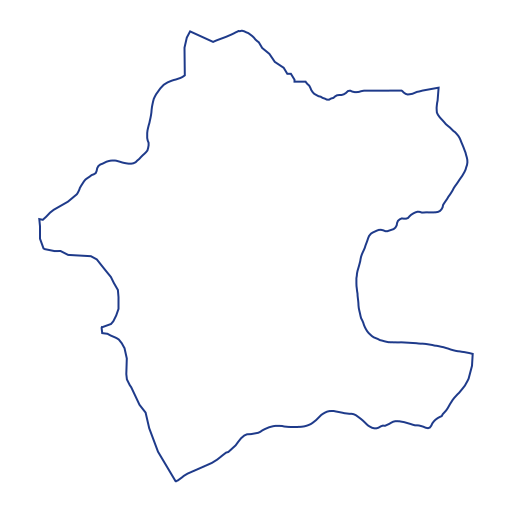 An Nadirah, Ibb, Yemen
{"feature_id": "15242507B41326170621958", "entity_name": "An Nadirah", "entity_type": "district", "adm_level": 2, "iso_a3": "YEM", "parent_name": "Yemen", "parent_adm1": "Ibb", "projection": "robinson", "projection_center": [44.521, 14.061], "detail": "fine", "context": "isolated", "style": "outline", "palette": "blue", "viewbox_px": 512, "rotation_deg": 0, "n_neighbors": 0, "source": "geoboundaries", "source_scale": "gbopen_adm2", "svg_char_len": 5982}
<svg xmlns="http://www.w3.org/2000/svg" viewBox="0 0 512 512"><path d="M239.8,31.2L238.4,31.0L237.9,31.4L235.8,32.3L233.8,33.4L231.5,34.5L228.7,35.7L226.4,36.7L223.5,37.8L221.3,38.6L218.9,39.5L216.5,40.4L214.2,41.4L213.1,41.9L190.1,31.4L186.8,37.6L184.5,47.7L184.8,75.3L184.6,75.5L182.4,77.0L180.3,78.0L177.9,78.8L175.9,79.5L173.8,80.0L171.7,80.7L169.7,81.5L167.6,82.4L165.6,83.6L163.7,84.8L162.0,86.6L160.4,88.3L159.0,90.2L157.6,92.2L156.2,94.1L155.0,96.3L153.8,98.8L153.1,101.4L152.5,104.2L152.0,106.7L151.6,109.8L151.4,112.4L151.0,115.2L150.5,117.8L149.9,120.5L149.4,122.9L148.7,125.3L148.1,127.7L147.5,130.4L147.2,133.0L147.2,135.5L147.2,138.0L147.7,140.5L148.6,142.8L148.6,145.4L148.1,148.1L147.4,150.5L146.0,152.2L144.6,153.6L142.7,155.3L140.9,157.1L139.2,159.0L137.1,160.7L136.0,161.9L135.3,162.4L133.3,163.3L131.1,163.7L128.9,163.7L126.8,163.4L124.5,163.0L122.3,162.5L120.1,161.8L118.0,161.2L115.8,160.6L113.4,160.5L111.0,160.6L108.9,161.0L106.5,161.7L104.5,162.7L102.5,163.7L100.3,164.5L98.4,166.0L97.2,168.2L96.6,171.0L95.7,173.1L93.8,174.3L91.6,175.1L89.7,176.6L87.3,178.2L85.5,179.5L84.0,181.3L81.1,185.8L79.8,188.1L79.5,189.2L78.7,191.0L77.6,193.1L76.8,194.3L67.9,201.7L53.7,209.8L50.1,212.6L46.2,216.7L42.8,219.8L39.3,219.1L40.0,226.3L40.0,238.7L43.5,248.4L44.7,249.1L54.6,251.1L60.5,251.0L68.1,254.9L90.9,256.2L96.8,259.4L100.9,264.6L105.6,270.5L110.9,277.0L113.8,282.9L117.9,290.0L118.5,297.2L118.5,308.9L116.2,315.5L113.3,321.3L111.0,324.0L102.2,327.2L101.9,327.1L101.6,327.9L102.2,333.1L107.5,333.8L110.6,335.5L115.3,337.5L116.7,338.2L118.8,339.5L121.8,343.3L124.0,347.3L124.5,348.1L126.8,358.5L126.3,374.1L126.9,379.4L129.8,385.2L131.2,387.2L139.5,404.8L145.6,412.6L149.2,428.2L158.0,451.7L175.5,481.1L175.9,481.3L176.0,481.2L177.9,480.4L179.8,479.0L182.0,477.4L183.8,475.9L185.6,474.8L187.6,473.6L211.9,462.9L217.2,459.6L222.7,455.2L226.1,452.6L228.3,452.0L235.6,445.4L238.3,441.7L241.1,438.2L244.3,435.5L247.0,434.3L251.1,434.1L258.2,432.8L260.3,431.8L262.3,430.4L264.8,429.1L269.0,427.3L271.2,426.7L273.2,426.2L275.3,425.9L277.6,425.9L280.1,425.9L282.1,426.0L284.2,426.5L286.2,426.7L288.4,426.9L290.7,427.0L293.1,427.0L297.6,427.0L298.2,426.9L299.7,426.9L301.9,426.7L304.1,426.4L306.4,425.8L308.4,425.1L310.7,424.1L312.4,423.0L314.2,421.6L316.1,420.1L317.9,418.3L321.3,414.9L323.1,413.7L325.2,412.5L327.2,411.6L329.4,411.1L331.5,411.0L333.7,411.0L336.0,411.5L338.2,411.9L342.3,412.7L344.4,413.2L347.0,413.5L349.3,413.8L351.6,413.8L353.6,414.2L355.7,415.1L357.4,416.3L359.3,417.7L361.0,419.0L362.8,420.5L364.9,422.5L366.7,424.3L368.3,425.7L370.2,426.8L372.1,427.8L374.3,428.3L376.5,428.3L377.9,427.9L378.5,427.7L380.9,426.3L382.9,425.6L385.0,425.8L387.0,424.9L389.2,423.9L391.2,422.7L393.2,421.7L395.3,421.2L397.3,421.2L399.5,421.3L401.6,421.7L404.0,422.1L408.5,423.4L410.6,424.0L412.7,424.7L414.9,425.3L416.9,425.3L419.0,425.5L421.3,426.1L423.3,426.7L425.6,427.7L428.0,428.2L429.9,427.5L431.3,425.6L432.3,423.4L433.9,421.3L435.5,419.7L437.7,418.1L439.7,417.0L441.7,416.1L442.8,414.1L444.4,412.4L446.1,410.5L447.5,408.5L448.6,406.6L450.0,404.1L452.6,400.0L454.3,397.8L457.5,394.3L459.1,392.8L460.5,391.1L463.5,387.4L464.9,385.6L466.0,383.6L467.4,381.1L468.6,378.7L472.0,365.8L472.7,353.9L469.1,353.0L468.5,352.9L466.4,352.5L464.4,352.1L461.9,351.8L459.8,351.4L457.6,351.2L455.5,350.8L453.1,350.2L450.6,349.5L448.2,348.6L445.7,347.9L443.5,347.2L441.4,346.8L438.8,346.2L436.8,345.8L434.6,345.6L432.3,345.0L427.4,344.2L425.3,343.9L423.0,343.7L421.0,343.7L418.5,343.5L416.3,343.2L401.2,342.3L399.1,342.4L397.1,342.4L395.0,342.3L393.0,342.3L388.6,342.2L386.6,341.8L384.5,341.3L382.1,340.6L379.9,340.1L377.9,339.0L375.9,338.2L373.7,337.3L371.8,336.0L368.6,333.0L367.1,331.1L365.9,329.1L364.9,327.2L364.0,325.1L363.2,322.6L362.3,320.5L361.1,318.2L360.5,315.9L360.0,313.5L359.4,311.0L358.8,308.2L358.5,305.5L358.4,303.2L358.2,301.0L357.9,298.5L357.6,295.9L357.5,293.6L357.1,291.2L356.8,288.5L356.5,286.1L356.4,283.2L356.4,280.5L356.4,278.2L356.8,275.8L357.0,273.5L357.5,271.0L358.9,266.2L359.6,263.6L360.2,261.3L360.6,258.9L361.1,256.6L361.9,254.3L362.8,252.2L363.9,249.9L364.8,247.8L365.5,245.5L366.6,242.6L367.4,240.4L368.2,238.0L369.1,235.9L371.0,233.6L372.8,232.5L376.9,230.6L378.8,229.9L380.9,229.8L383.2,230.3L385.4,231.2L387.4,231.2L389.4,230.5L391.5,229.8L393.6,229.1L395.4,227.6L396.7,225.3L397.1,222.9L398.0,220.8L399.8,219.3L401.8,218.4L404.0,218.7L406.0,218.7L408.0,218.0L409.5,216.3L411.1,214.8L413.5,213.3L415.6,212.3L417.7,211.7L419.8,211.9L421.9,212.6L424.1,212.5L426.4,212.3L428.8,212.4L430.9,212.4L433.3,212.4L435.5,212.3L436.9,212.1L438.0,211.9L439.9,211.0L441.5,209.3L442.6,207.3L443.1,204.9L444.3,203.0L445.8,200.8L447.2,198.8L448.4,196.7L449.8,194.8L451.0,193.0L452.6,190.4L453.7,188.2L455.0,186.2L456.7,183.9L458.0,182.0L459.3,180.0L460.9,177.7L462.2,175.9L464.5,171.9L465.6,169.5L466.2,167.3L467.0,165.0L467.4,162.4L467.3,159.8L466.8,157.4L466.1,155.0L465.5,152.6L464.6,150.3L463.6,147.6L462.5,144.9L461.3,142.1L460.5,140.0L459.6,138.0L458.4,136.0L457.0,134.3L455.2,132.3L453.3,130.9L451.4,129.0L449.9,127.5L447.9,125.9L445.8,124.1L444.4,122.4L442.7,120.5L441.0,118.7L439.6,117.1L437.9,114.7L436.9,112.6L436.7,110.3L436.6,107.8L436.8,105.6L437.1,103.0L437.6,100.5L438.6,87.7L437.4,87.9L422.4,90.6L421.4,90.9L419.1,91.5L416.9,91.9L414.8,92.8L412.4,93.8L410.0,94.2L407.7,94.5L405.7,93.9L403.8,92.6L402.2,91.0L401.5,90.6L363.9,90.7L363.2,90.8L361.1,91.2L358.9,91.9L356.8,92.1L354.6,92.1L352.3,91.6L350.3,90.7L349.8,90.7L347.9,91.1L345.9,93.0L343.8,94.3L341.5,95.0L339.3,95.0L337.0,95.3L335.1,96.4L333.4,97.9L331.1,98.5L329.0,99.7L326.8,99.6L324.8,98.6L322.6,97.9L320.7,96.7L318.5,96.2L316.5,95.1L314.2,93.8L312.7,92.2L311.3,90.1L310.3,87.7L309.2,85.6L307.4,84.0L305.9,82.2L305.6,81.7L294.5,81.7L294.5,79.7L290.9,73.8L287.3,73.8L283.7,67.8L274.8,61.9L269.4,53.9L262.2,48.0L258.8,42.3L257.2,41.1L255.4,39.5L253.9,37.6L252.2,36.0L250.2,34.5L248.3,33.1L246.2,32.3L244.2,31.3L241.9,30.7L239.8,31.2Z" fill="none" stroke="#1e3a8a" stroke-width="2"/></svg>